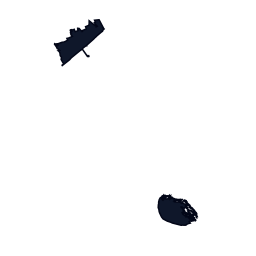 the district of Progreso, Yucatán, Mexico, rotated 151°
{"feature_id": "50627088B147152783463", "entity_name": "Progreso", "entity_type": "district", "adm_level": 2, "iso_a3": "MEX", "parent_name": "Mexico", "parent_adm1": "Yucatán", "projection": "orthographic", "projection_center": [-89.747, 21.878], "detail": "fine", "context": "isolated", "style": "filled", "palette": "ink", "viewbox_px": 256, "rotation_deg": 151, "n_neighbors": 0, "source": "geoboundaries", "source_scale": "gbopen_adm2", "svg_char_len": 5733}
<svg xmlns="http://www.w3.org/2000/svg" viewBox="0 0 256 256"><g transform="rotate(151 128 128)"><path d="M155.2,214.5L146.0,216.0L143.5,216.9L136.4,218.2L132.5,218.9L129.7,219.1L129.5,216.8L128.8,210.2L128.2,209.8L127.3,209.7L126.9,209.9L127.3,209.7L127.3,210.3L128.1,210.3L128.3,210.1L128.8,210.3L128.8,210.7L128.7,210.8L128.1,210.8L128.5,210.9L128.5,211.1L128.8,211.2L129.7,219.1L128.9,219.6L128.2,219.8L125.4,220.2L125.2,220.2L124.2,219.9L124.0,220.4L114.7,222.5L113.6,222.9L111.7,223.3L110.8,223.6L104.4,224.9L103.7,224.9L103.8,225.3L100.9,226.2L101.4,227.7L101.0,227.6L100.8,236.7L105.0,238.5L105.2,236.3L106.4,236.4L105.5,231.8L106.9,231.9L106.8,232.6L110.0,240.6L111.4,238.1L112.5,236.8L116.0,237.2L116.3,234.9L120.5,235.3L120.8,234.6L121.5,234.6L122.5,238.8L123.5,239.5L123.6,239.0L124.1,239.0L124.3,237.4L127.5,237.8L127.2,240.4L129.3,240.6L129.4,241.2L130.4,241.1L130.4,241.6L130.8,241.7L131.2,241.3L131.3,240.4L130.3,240.2L130.3,239.5L131.4,239.4L132.0,239.3L131.8,238.0L132.5,238.0L132.6,236.7L132.4,236.7L132.2,235.1L136.3,235.5L138.0,236.0L138.1,234.1L140.6,234.1L142.3,234.2L144.2,235.0L148.2,235.6L149.1,236.0L149.1,235.6L150.1,235.9L148.9,234.4L149.6,234.2L149.7,234.7L149.9,234.6L150.8,235.8L150.2,236.0L151.2,237.3L151.6,237.0L151.6,236.6L151.3,233.8L151.4,231.6L150.9,231.0L150.2,229.1L151.6,229.4L151.3,228.8L151.1,227.6L151.2,226.6L152.2,224.1L151.9,222.2L153.3,220.3L153.2,215.1L155.2,214.9L155.2,214.5ZM122.4,15.3L119.6,14.6L119.8,16.5L118.3,16.3L117.6,15.7L117.2,16.4L116.5,15.8L116.2,15.2L115.4,15.4L114.1,18.3L114.2,18.7L114.8,19.2L114.8,19.6L114.5,19.7L112.4,20.1L111.4,20.5L111.6,21.0L111.6,21.8L111.8,22.0L111.7,23.1L112.0,23.4L112.4,22.9L112.0,21.4L112.3,20.7L113.2,20.6L113.5,21.3L113.8,21.5L115.1,21.0L115.3,20.4L115.6,20.2L115.4,19.6L115.8,18.3L115.6,17.2L116.1,16.3L116.6,19.2L116.2,22.3L116.8,24.0L117.1,24.4L116.9,22.5L117.0,21.5L117.4,20.3L117.9,19.6L117.9,18.3L118.2,18.0L118.9,20.9L118.9,21.8L119.3,23.3L119.6,22.8L119.6,22.0L120.0,22.2L120.4,22.1L120.4,23.3L120.6,24.1L120.9,24.4L121.0,23.9L121.1,24.0L121.3,25.1L122.0,26.0L121.7,27.7L121.3,27.5L120.6,27.6L119.6,29.3L119.2,30.4L119.2,31.1L120.1,32.7L120.0,33.3L119.8,33.3L119.4,32.5L119.0,32.7L118.7,31.3L118.2,31.2L117.7,30.5L117.0,31.0L116.0,30.0L115.7,29.9L115.5,31.0L114.9,30.0L114.6,30.0L114.5,31.7L114.7,32.3L115.8,34.8L116.9,35.8L116.7,36.2L115.8,36.6L115.7,37.0L116.3,36.9L117.5,36.1L117.8,36.1L118.4,37.7L119.4,38.5L121.7,39.7L123.4,41.2L123.6,41.9L122.7,42.2L121.8,41.5L120.4,41.5L121.0,41.2L120.1,40.9L118.9,39.8L118.6,39.8L118.9,40.3L118.8,40.5L117.9,40.7L119.2,41.4L120.3,42.4L120.8,42.5L121.5,43.5L122.6,44.0L122.3,44.5L123.3,45.2L123.3,45.6L123.0,45.7L123.1,46.3L124.2,47.2L124.2,48.0L123.7,48.3L124.6,48.5L125.1,48.3L125.3,47.8L125.1,46.3L124.5,45.8L124.6,45.4L125.4,45.5L126.1,45.4L126.1,45.8L126.5,46.0L127.0,46.6L127.5,46.6L128.1,47.2L129.0,47.1L129.5,47.8L130.2,48.1L129.5,48.6L128.0,49.0L128.7,49.5L129.3,49.4L129.7,48.9L130.4,48.6L130.7,48.2L131.9,48.0L133.1,47.6L132.4,48.3L130.6,48.7L130.1,49.2L130.0,49.7L130.8,50.0L132.8,49.4L133.0,49.5L132.7,50.1L131.0,50.6L130.2,51.9L131.1,52.0L131.9,51.4L133.7,51.3L135.4,50.2L137.2,48.3L137.7,47.2L138.7,46.1L140.2,43.7L140.5,41.7L141.2,40.0L141.5,38.6L141.8,34.0L141.4,31.5L138.8,27.5L136.2,24.7L135.4,23.5L128.6,17.1L127.0,16.5L126.3,15.9L124.5,15.0L122.4,15.3ZM111.9,28.7L112.9,28.9L112.6,28.3L111.2,25.9L110.7,22.4L110.1,21.6L110.4,20.5L109.9,19.4L109.6,19.4L109.4,19.8L109.4,20.9L109.8,22.2L109.9,24.2L110.2,24.8L110.6,27.0L111.9,28.7ZM113.6,35.4L113.8,32.8L113.6,32.2L112.9,31.0L111.4,29.3L111.4,30.8L113.1,33.6L112.3,33.2L112.8,34.7L112.3,34.7L112.2,34.9L112.8,35.6L113.9,36.1L113.6,35.4ZM116.0,24.6L115.7,24.6L115.1,25.0L115.1,25.9L114.6,26.0L114.8,27.8L115.5,27.0L115.5,26.1L116.0,26.3L115.9,25.5L116.2,25.0L116.0,24.6ZM127.4,49.1L126.3,48.8L126.3,48.1L126.1,47.6L125.9,47.8L125.9,48.6L125.5,49.0L126.8,49.9L127.6,50.0L127.3,49.4L127.4,49.1ZM113.9,18.3L114.1,16.6L114.6,15.6L114.3,14.9L113.8,15.9L113.7,16.9L113.4,17.4L113.9,18.3ZM118.8,29.4L119.2,29.5L119.4,28.5L119.2,27.6L118.9,27.3L118.5,28.6L118.8,29.4ZM118.6,26.5L118.8,26.1L118.6,25.2L118.7,23.6L118.6,23.1L118.4,23.2L118.1,25.0L118.4,26.4L118.6,26.5ZM129.3,51.5L128.6,50.5L127.8,50.4L127.9,50.9L128.6,51.2L129.2,52.0L129.4,51.9L130.0,51.1L129.6,51.1L129.3,51.5ZM113.7,36.9L112.7,36.1L112.4,36.3L113.5,37.6L114.3,37.6L114.3,37.1L113.7,36.9ZM116.6,39.5L115.3,38.9L114.6,38.9L116.0,39.5L116.7,40.2L117.6,39.9L117.7,39.7L116.6,39.5ZM113.2,25.6L113.4,24.4L113.1,23.8L112.8,23.7L112.7,25.0L113.2,25.6ZM113.7,19.8L113.4,19.6L112.2,19.7L111.4,19.5L110.7,19.8L111.1,20.3L112.6,19.8L113.7,19.8ZM119.6,25.1L119.9,24.2L119.6,23.7L119.3,24.0L119.3,24.8L119.4,25.1L119.6,25.1ZM117.6,40.5L118.7,40.4L118.1,39.8L117.4,40.1L117.6,40.5ZM113.5,15.7L114.1,14.3L113.6,14.3L113.4,14.6L113.5,15.7ZM110.5,19.4L110.7,19.1L110.5,18.1L110.3,17.8L110.2,18.8L110.3,19.3L110.5,19.4ZM120.6,27.4L120.7,26.6L120.0,25.9L120.3,27.3L120.6,27.4ZM115.3,29.7L115.7,29.0L115.2,28.0L115.0,28.3L115.3,29.7ZM118.0,21.6L118.2,20.7L117.9,20.2L117.7,20.3L117.7,21.3L117.8,21.6L118.0,21.6ZM115.1,23.7L115.3,23.6L115.2,23.2L114.7,22.4L114.8,23.5L115.1,23.7ZM118.0,38.4L118.0,38.0L117.7,37.9L117.3,38.0L117.0,38.4L117.2,38.6L117.4,38.4L118.0,38.4ZM118.4,20.1L118.3,21.3L118.4,21.7L118.5,21.7L118.7,20.3L118.4,20.1ZM125.4,48.9L125.7,48.2L125.6,47.8L125.3,48.5L124.9,49.0L125.4,48.9ZM111.5,17.5L111.5,16.2L111.3,16.1L111.2,16.6L111.5,17.5ZM115.4,22.3L115.7,22.2L115.4,22.0L115.2,21.5L115.0,21.9L115.4,22.3ZM130.1,51.2L130.6,50.7L130.7,50.4L130.6,50.2L130.3,50.4L130.1,51.2ZM111.2,18.1L111.2,17.6L111.0,17.2L110.8,17.6L111.2,18.1ZM114.2,19.4L114.0,19.1L114.0,19.5L114.7,19.5L114.6,19.4L114.2,19.4Z" fill="#0f172a" stroke="#020617" stroke-width="1.5"/></g></svg>